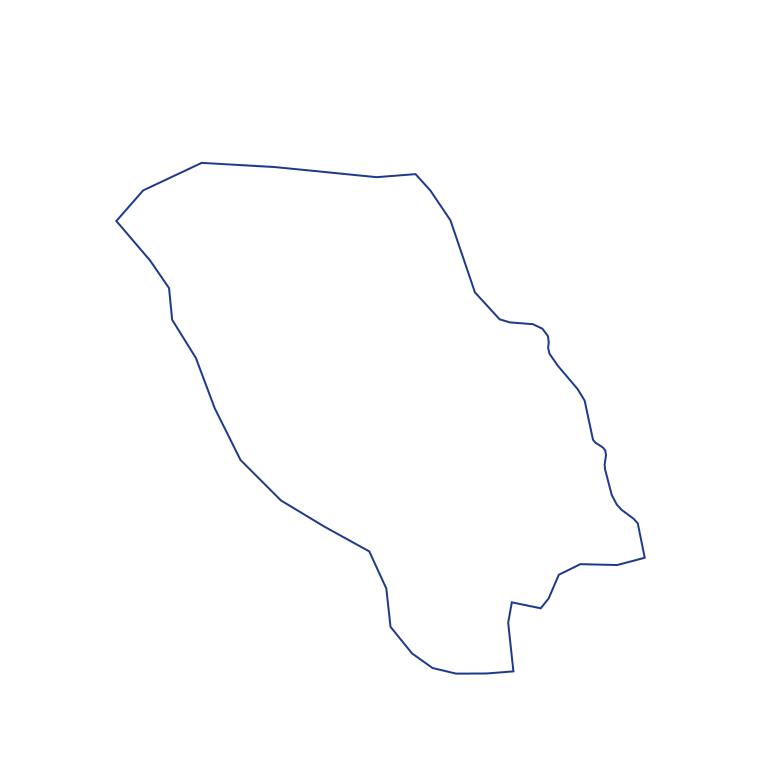 the border of Lola, rotated 315°
{"feature_id": "GIN-5650", "entity_name": "Lola", "entity_type": "Prefecture", "adm_level": 1, "iso_a3": "GIN", "parent_name": "Guinea", "parent_adm1": "", "projection": "equal_earth", "projection_center": [-8.285, 7.882], "detail": "fine", "context": "isolated", "style": "outline", "palette": "blue", "viewbox_px": 768, "rotation_deg": 315, "n_neighbors": 0, "source": "natural_earth", "source_scale": "10m", "svg_char_len": 847}
<svg xmlns="http://www.w3.org/2000/svg" viewBox="0 0 768 768"><g transform="rotate(315 384 384)"><path d="M554.7,257.9L553.6,279.9L546.7,315.3L513.1,383.5L511.5,420.0L516.6,429.5L531.6,447.0L535.1,456.9L533.8,466.0L530.0,471.0L525.5,474.6L522.4,479.6L519.8,494.3L517.3,524.6L514.1,537.7L492.4,571.1L492.0,574.9L493.9,583.8L493.4,587.5L490.7,591.3L483.0,597.0L480.0,600.6L466.5,623.6L463.3,634.0L463.0,640.9L465.2,655.7L464.9,662.0L445.5,691.2L420.9,676.9L395.4,650.2L372.7,642.5L348.7,652.1L336.2,653.4L320.0,628.8L303.0,640.6L272.3,678.7L251.9,661.3L230.2,639.8L217.5,619.2L213.3,594.4L216.9,560.3L241.0,530.3L255.2,492.0L241.0,442.8L228.8,393.6L228.8,336.3L247.1,281.6L269.4,232.5L279.6,188.8L299.8,164.2L305.9,131.4L310.0,79.5L350.6,76.8L411.4,98.7L460.1,153.3L525.0,232.5L554.7,257.9Z" fill="none" stroke="#1e3a8a" stroke-width="2"/></g></svg>